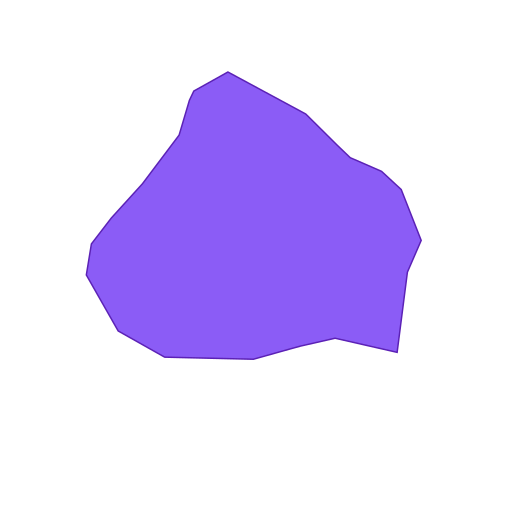 the district of Xalzan, Sühbaatar, Mongolia, rotated 229°
{"feature_id": "93677404B22998636655266", "entity_name": "Xalzan", "entity_type": "district", "adm_level": 2, "iso_a3": "MNG", "parent_name": "Mongolia", "parent_adm1": "Sühbaatar", "projection": "orthographic", "projection_center": [113.029, 46.302], "detail": "fine", "context": "isolated", "style": "filled", "palette": "violet", "viewbox_px": 512, "rotation_deg": 229, "n_neighbors": 0, "source": "geoboundaries", "source_scale": "gbopen_adm2", "svg_char_len": 446}
<svg xmlns="http://www.w3.org/2000/svg" viewBox="0 0 512 512"><g transform="rotate(229 256 256)"><path d="M373.1,139.7L353.0,115.5L289.8,102.8L239.6,120.7L179.8,186.3L163.5,220.7L158.8,230.5L142.1,261.7L90.7,299.3L144.5,359.7L159.4,390.9L210.9,409.2L237.5,406.3L268.4,391.6L286.1,390.0L330.5,386.7L413.3,355.5L421.3,317.3L417.2,307.9L397.7,277.3L385.0,217.6L379.6,171.8L373.1,139.7Z" fill="#8b5cf6" stroke="#5b21b6" stroke-width="1.5"/></g></svg>